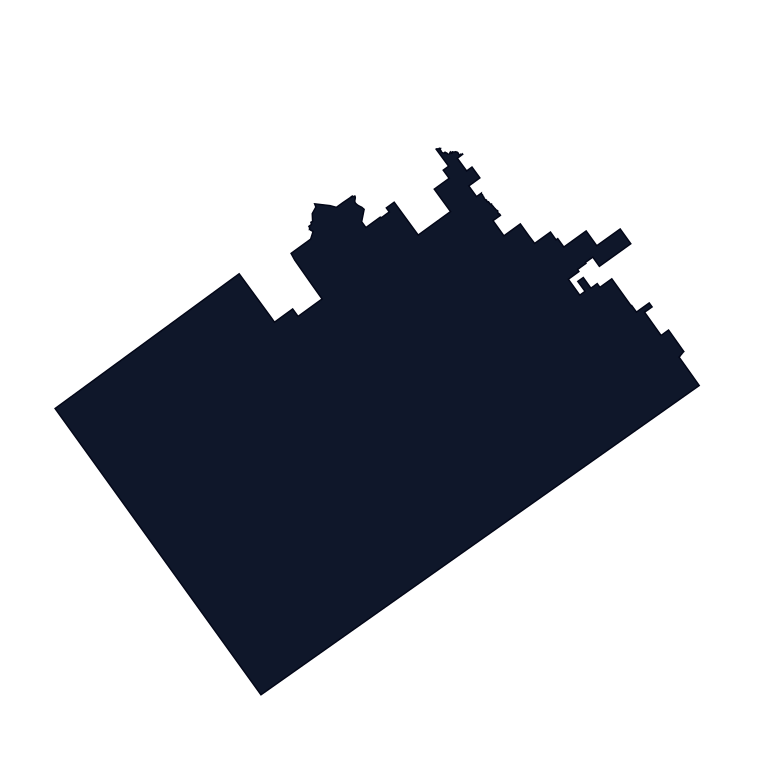 outline of Halls Creek, Western Australia, Australia, rotated 54°
{"feature_id": "25037944B45139039746134", "entity_name": "Halls Creek", "entity_type": "district", "adm_level": 2, "iso_a3": "AUS", "parent_name": "Australia", "parent_adm1": "Western Australia", "projection": "orthographic", "projection_center": [126.613, -19.001], "detail": "fine", "context": "isolated", "style": "filled", "palette": "ink", "viewbox_px": 768, "rotation_deg": 54, "n_neighbors": 0, "source": "geoboundaries", "source_scale": "gbopen_adm2", "svg_char_len": 4994}
<svg xmlns="http://www.w3.org/2000/svg" viewBox="0 0 768 768"><g transform="rotate(54 384 384)"><path d="M209.7,436.8L210.5,664.5L563.1,666.2L570.5,129.9L556.0,129.7L535.7,129.5L535.7,129.1L535.6,128.8L535.6,128.5L535.5,128.2L535.1,127.5L535.0,126.7L534.9,126.3L534.8,126.0L534.7,125.7L534.7,125.4L534.5,125.0L534.4,124.7L534.3,124.0L534.2,123.7L534.1,123.4L534.0,123.0L534.0,122.4L507.6,122.1L507.6,131.3L479.1,131.0L479.2,121.8L474.3,121.8L474.2,137.5L466.1,137.5L466.1,138.1L432.8,137.9L432.7,152.5L428.1,152.5L428.1,160.3L415.0,160.2L414.9,166.9L427.2,166.9L427.2,173.4L407.6,173.3L407.6,160.2L405.1,160.1L405.1,149.7L404.0,149.7L404.1,140.5L415.4,140.6L415.6,101.9L397.4,101.8L397.2,130.6L379.0,130.5L378.9,158.0L368.5,158.0L368.5,160.1L358.9,160.0L358.8,179.5L349.1,179.7L334.6,179.6L334.6,199.9L315.9,199.8L316.0,190.7L315.8,190.7L315.7,190.6L315.4,190.6L315.2,190.6L314.8,190.6L315.0,190.9L315.1,191.1L314.8,191.0L314.7,190.9L314.2,190.9L314.1,191.1L313.8,191.2L313.7,191.4L313.0,191.4L313.0,191.5L312.9,191.5L312.8,191.3L312.7,191.2L312.2,190.9L311.8,190.8L311.6,190.8L311.2,190.7L310.9,190.3L310.7,190.2L310.0,190.5L309.6,190.7L309.3,190.9L309.0,190.9L308.5,191.1L308.3,191.1L308.0,191.0L307.9,191.0L307.7,191.0L307.3,191.1L307.0,191.2L306.7,191.2L306.4,191.2L306.2,191.3L305.9,191.3L305.7,191.3L305.4,191.3L305.2,191.3L304.9,191.3L304.2,191.3L303.9,191.5L303.6,191.5L303.4,191.5L303.1,191.7L303.1,191.8L302.9,191.9L302.6,191.9L302.3,191.8L302.1,191.6L302.1,191.4L301.9,191.2L301.6,191.2L301.4,191.4L301.3,191.6L301.3,192.0L301.1,192.2L300.8,192.4L300.5,192.3L300.2,192.4L299.9,192.4L299.7,192.3L299.4,192.3L299.0,192.4L298.9,192.4L298.6,192.3L298.0,192.4L297.9,192.4L297.8,192.5L297.9,193.0L297.8,193.3L297.7,193.4L297.4,193.5L297.1,193.5L296.5,193.2L296.2,193.2L295.4,193.0L295.2,193.1L294.8,193.4L294.7,193.5L294.3,193.7L294.0,193.8L293.6,193.8L293.1,193.9L292.9,193.9L292.5,193.8L292.3,193.7L292.1,193.6L291.9,193.7L291.5,193.6L291.3,193.5L291.2,193.6L290.7,193.6L290.4,193.7L290.2,193.6L289.8,193.4L289.6,193.3L289.4,193.2L288.9,193.2L288.9,193.3L288.7,193.3L288.4,193.3L288.1,193.3L287.9,193.3L287.5,193.3L286.9,193.3L286.8,193.2L286.8,199.0L273.6,199.0L273.6,185.3L260.2,185.3L260.2,191.9L244.5,192.0L244.4,185.3L244.2,185.3L244.3,185.5L244.3,185.9L244.2,186.0L243.9,186.2L243.8,186.3L243.5,186.5L243.4,186.5L243.2,186.6L243.2,186.8L243.3,186.9L243.3,187.1L243.4,187.4L243.6,187.8L243.4,188.1L243.0,188.4L242.8,188.4L242.8,188.5L242.6,188.6L242.4,188.7L242.1,188.6L241.9,188.6L241.7,188.4L241.3,188.3L241.0,188.3L240.9,188.3L240.5,188.4L240.3,188.3L240.2,188.4L239.9,188.4L239.7,188.4L239.5,188.5L239.4,188.6L239.1,188.8L239.0,189.2L238.9,189.3L238.7,189.4L238.4,189.4L238.4,189.5L238.1,189.8L238.0,190.0L237.9,190.1L237.8,190.3L237.8,190.7L237.7,190.9L237.6,191.1L237.2,191.5L236.8,191.8L236.7,191.8L236.5,192.0L236.4,192.1L236.3,192.3L236.3,192.5L236.5,192.6L237.1,192.9L237.3,193.3L237.2,193.5L237.1,193.8L236.9,193.9L236.7,193.9L236.4,193.9L236.1,194.0L235.8,194.0L235.6,193.9L235.3,193.9L235.4,194.2L235.6,194.6L235.7,194.8L235.8,195.0L236.0,195.2L236.1,195.5L236.2,195.9L236.2,196.1L236.2,196.4L236.1,196.6L236.0,196.8L235.8,197.0L235.6,197.2L235.3,197.3L235.2,197.3L234.6,197.3L234.3,197.4L234.2,197.5L233.8,197.6L233.6,197.8L233.4,197.9L233.3,198.0L233.2,198.2L232.8,198.2L232.7,198.2L232.7,198.3L232.3,198.6L232.4,198.9L232.4,199.1L232.5,199.3L232.5,199.5L232.4,199.6L232.3,199.8L232.3,200.0L232.2,200.1L232.1,200.3L231.6,200.5L231.3,200.7L231.2,200.7L230.9,200.9L230.6,201.0L230.3,201.0L230.2,201.1L229.9,201.2L229.6,201.1L229.4,201.1L229.3,200.9L229.0,200.8L228.8,200.8L228.4,200.8L228.2,201.0L227.9,201.0L227.7,201.0L227.4,200.9L227.2,200.5L227.0,200.2L226.3,200.3L226.3,200.2L226.2,200.3L225.9,200.5L225.8,200.8L225.8,201.0L226.0,201.4L226.0,201.5L225.9,201.7L225.7,201.9L225.5,202.1L225.4,202.3L225.2,202.6L224.9,202.9L224.8,203.0L224.7,203.2L224.7,203.4L224.6,203.7L224.6,203.8L245.8,203.7L245.8,210.4L255.9,210.4L255.9,228.8L283.6,228.8L283.6,268.8L242.9,268.9L242.9,278.6L247.9,278.6L247.9,282.5L248.0,288.6L247.8,288.7L247.6,288.7L247.4,288.6L247.2,288.6L247.1,288.8L246.8,289.0L246.8,306.7L239.6,306.7L231.0,297.4L230.2,297.6L229.0,297.9L228.4,298.0L228.0,298.1L227.4,298.4L226.7,298.8L225.7,299.3L225.3,299.5L224.2,300.0L223.8,300.2L222.9,300.4L222.6,300.5L222.0,300.6L221.3,300.7L221.1,300.8L220.7,300.8L219.8,300.6L219.5,300.5L218.7,300.0L218.3,299.7L217.9,299.2L217.6,298.9L216.5,297.8L216.2,297.6L215.4,297.2L214.8,297.1L214.2,299.2L213.3,299.2L213.3,301.0L213.6,301.0L213.4,301.5L213.1,310.8L213.1,318.7L208.0,322.8L197.5,334.2L200.8,335.1L204.0,341.9L210.5,346.2L210.2,348.1L210.5,348.2L211.4,348.5L212.3,349.0L212.3,352.1L213.0,352.1L214.6,352.9L214.7,353.0L214.7,352.9L214.8,353.0L215.2,353.2L215.3,353.2L215.6,353.2L216.0,353.1L218.6,351.9L218.9,351.7L223.7,358.2L223.7,382.4L231.4,383.4L260.0,383.9L278.8,384.1L278.8,413.8L269.6,413.8L269.6,436.3L263.2,436.2L209.7,436.4L209.7,436.8Z" fill="#0f172a" stroke="#020617" stroke-width="1.5"/></g></svg>